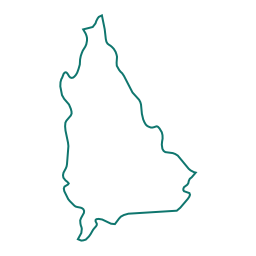 an SVG outline of Dâmbovita
{"feature_id": "ROU-130", "entity_name": "Dâmbovita", "entity_type": "County", "adm_level": 1, "iso_a3": "ROU", "parent_name": "Romania", "parent_adm1": "", "projection": "albers", "projection_center": [25.479, 44.942], "detail": "fine", "context": "isolated", "style": "outline", "palette": "teal", "viewbox_px": 256, "rotation_deg": 0, "n_neighbors": 0, "source": "natural_earth", "source_scale": "10m", "svg_char_len": 1970}
<svg xmlns="http://www.w3.org/2000/svg" viewBox="0 0 256 256"><path d="M195.7,172.6L191.7,177.3L189.8,178.8L188.8,180.9L188.3,183.2L187.3,184.7L184.0,187.2L183.4,188.6L183.3,190.0L184.0,191.2L189.4,193.1L190.0,194.8L189.3,196.7L187.8,198.9L180.3,207.7L176.8,210.7L128.4,213.7L123.9,215.0L120.9,216.6L119.1,218.5L114.9,224.1L111.0,223.7L102.2,219.5L98.6,218.9L96.4,219.2L95.6,220.0L95.6,221.4L96.8,223.7L96.8,224.9L96.1,226.2L94.0,228.6L93.0,229.9L90.6,234.1L88.9,236.5L85.8,239.6L83.1,240.4L81.3,240.6L77.9,239.2L81.3,233.0L81.8,228.9L81.5,227.3L80.8,225.4L80.4,223.4L80.2,220.4L81.0,218.2L83.9,212.9L84.1,210.9L83.4,209.3L82.2,208.3L80.8,207.7L77.2,207.0L75.5,206.5L74.2,205.5L69.9,201.2L68.2,199.1L64.3,191.2L63.8,188.5L64.5,186.6L68.1,184.4L68.7,183.4L67.3,181.8L65.5,180.4L63.4,177.7L63.0,175.2L63.5,172.7L65.8,168.4L66.6,166.4L67.0,164.1L68.4,146.1L68.0,142.6L65.5,130.6L65.1,126.3L65.4,122.7L66.4,120.7L70.8,115.5L71.6,113.6L71.5,111.5L70.8,108.8L69.0,104.5L64.1,98.8L62.0,95.1L60.3,86.4L60.5,82.2L61.3,79.2L62.1,77.8L63.6,73.9L64.4,72.9L65.3,72.3L66.4,72.5L67.4,73.5L69.2,76.4L70.3,77.5L71.6,77.9L73.1,77.6L74.4,76.6L75.9,74.9L77.2,72.7L78.5,69.1L79.8,64.6L80.1,59.4L80.8,55.9L81.8,53.0L82.8,50.6L85.3,46.6L86.3,44.3L87.0,40.6L87.0,38.0L86.5,35.8L85.7,33.7L83.2,29.4L92.7,27.0L95.5,23.4L96.3,21.0L97.7,18.3L98.8,16.9L101.9,15.4L104.7,29.2L105.8,39.0L106.4,41.7L107.5,43.6L109.0,44.8L110.6,45.8L112.1,47.1L113.8,48.9L115.6,51.9L116.5,54.5L117.0,56.7L116.9,58.5L116.6,62.7L116.8,65.8L119.1,69.9L120.5,71.7L122.2,73.3L124.0,76.0L132.5,92.5L139.1,99.8L140.3,102.1L141.0,104.5L141.9,113.9L143.2,119.4L144.4,122.2L145.8,124.6L147.3,126.0L148.9,126.8L150.8,127.5L152.6,127.5L154.3,127.1L155.6,126.6L156.8,126.3L158.1,126.9L159.6,128.6L161.8,132.3L162.5,135.2L162.6,138.5L162.1,141.5L161.8,144.7L162.4,148.8L163.6,150.9L165.3,152.1L172.8,153.1L175.2,154.0L177.8,155.6L188.7,168.8L190.6,170.4L193.8,172.1L195.7,172.6Z" fill="none" stroke="#0f766e" stroke-width="2"/></svg>